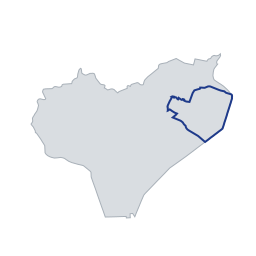 location of Al-Muthannia within Iraq, rotated 282°
{"feature_id": "IRQ-3223", "entity_name": "Al-Muthannia", "entity_type": "Province", "adm_level": 1, "iso_a3": "IRQ", "parent_name": "Iraq", "parent_adm1": "", "projection": "natural_earth1", "projection_center": [45.575, 30.396], "detail": "fine", "context": "in_parent", "style": "outline", "palette": "blue", "viewbox_px": 256, "rotation_deg": 282, "n_neighbors": 0, "source": "natural_earth", "source_scale": "10m", "svg_char_len": 4569}
<svg xmlns="http://www.w3.org/2000/svg" viewBox="0 0 256 256"><g transform="rotate(282 128 128)"><path d="M104.2,38.4L105.9,37.9L109.3,35.2L111.3,32.6L111.9,32.4L113.6,33.2L114.9,33.4L117.7,32.5L119.5,33.0L120.9,33.6L121.7,33.7L125.5,35.3L126.5,35.5L128.5,35.7L131.5,35.8L133.4,34.7L134.7,33.7L135.7,33.7L136.6,34.0L137.4,34.4L138.0,35.2L138.3,36.2L138.2,39.7L138.5,40.6L139.0,41.3L139.7,41.4L140.5,40.7L141.9,39.6L143.6,38.4L144.9,37.3L145.7,36.9L146.8,36.9L148.0,37.1L148.6,37.6L148.6,37.8L149.2,39.4L150.7,45.5L151.6,46.3L152.6,46.9L153.3,47.8L153.5,48.7L153.5,50.1L153.5,51.8L153.9,53.0L154.5,54.0L155.0,54.5L155.8,54.5L156.7,54.7L157.4,55.7L159.4,62.6L159.6,63.5L160.5,63.8L161.9,63.7L163.3,64.4L164.9,65.5L166.3,67.6L167.3,68.0L170.4,67.7L174.6,68.0L176.5,69.1L176.3,69.8L174.8,70.5L172.1,71.4L171.4,72.9L170.9,74.8L171.0,75.9L171.7,77.1L173.5,79.5L173.7,80.3L174.0,81.5L174.3,82.3L174.0,83.9L172.2,85.0L170.0,86.2L165.5,91.5L165.1,92.6L165.2,95.8L164.7,96.7L163.3,96.7L162.2,96.5L162.1,97.6L161.4,99.1L161.0,100.3L162.7,103.3L163.0,104.9L162.7,106.4L161.1,108.9L160.2,110.6L160.5,110.9L161.7,111.6L165.4,117.1L166.6,119.0L168.2,118.5L168.8,118.6L169.3,118.9L169.5,119.5L169.5,120.3L169.1,121.6L171.2,122.1L171.9,123.3L174.3,127.6L174.2,128.9L173.0,130.9L173.0,132.3L173.3,133.5L173.6,133.9L177.1,134.1L178.6,134.5L182.2,136.7L186.3,140.1L189.7,142.8L192.6,145.2L195.7,145.0L196.5,145.4L197.3,146.2L198.2,148.1L200.0,152.5L201.5,153.9L203.8,157.4L206.0,160.7L204.6,165.1L203.2,169.8L203.3,175.7L203.3,178.9L206.2,179.1L209.5,179.2L209.6,183.1L209.6,186.9L209.7,191.3L210.7,191.5L212.2,192.4L212.9,193.9L213.7,194.6L214.7,194.8L215.7,195.5L216.7,196.7L217.0,197.7L216.8,198.4L217.0,199.5L217.7,201.2L218.5,202.0L219.8,202.9L218.1,203.5L216.2,203.0L212.2,201.1L210.8,201.0L209.1,201.8L209.1,202.4L204.8,200.3L203.3,199.8L202.7,199.8L200.3,199.8L196.8,200.2L194.8,201.1L193.3,202.0L192.7,202.9L192.5,203.4L191.4,206.1L190.1,209.6L188.8,212.7L186.2,217.1L184.8,219.1L181.7,222.9L178.4,223.6L170.7,222.9L162.1,222.1L153.6,221.2L147.3,220.6L146.8,220.4L140.5,215.1L135.6,210.8L129.4,205.5L123.2,200.1L116.8,194.6L112.2,190.6L106.6,185.5L101.5,180.8L97.5,177.1L92.3,173.9L88.3,171.4L82.5,167.7L77.8,164.8L73.8,162.3L67.6,158.4L65.6,157.4L59.2,156.1L53.1,155.0L46.8,153.8L42.6,153.1L45.4,150.3L44.6,147.9L42.6,148.3L40.7,148.9L39.7,145.1L41.1,144.6L39.9,139.6L38.6,134.4L37.4,129.4L36.2,124.3L41.5,121.1L45.5,118.6L51.1,115.2L56.5,111.9L61.7,108.8L67.3,105.3L72.4,102.2L77.0,101.0L77.9,100.0L80.1,95.8L81.9,92.2L82.0,91.3L82.1,86.2L82.5,80.2L83.1,77.0L84.2,74.2L85.1,72.1L85.3,70.2L85.2,68.2L84.2,65.3L83.3,62.2L83.4,59.2L83.6,57.6L84.3,55.1L85.4,53.2L86.6,52.0L90.9,50.9L93.5,50.2L96.9,46.9L99.0,44.9L101.9,41.8L104.0,39.5L104.2,38.7L104.2,38.4Z" fill="#d9dde1" stroke="#a8b0b8" stroke-width="1"/><path d="M182.3,222.2L181.7,222.9L180.9,223.1L180.1,223.3L179.7,223.3L179.2,223.4L178.4,223.6L176.4,223.4L175.0,223.3L173.5,223.2L172.1,223.0L170.6,222.9L168.7,222.7L166.7,222.5L164.8,222.3L162.8,222.1L160.9,222.0L158.9,221.8L157.0,221.6L155.1,221.4L153.5,221.2L152.0,221.1L150.5,221.0L149.0,220.8L147.3,220.6L147.2,220.6L146.9,220.5L146.8,220.4L145.3,219.2L143.5,217.6L141.7,216.1L139.9,214.5L138.1,213.0L136.0,211.1L133.8,209.3L131.6,207.4L130.4,206.3L130.6,205.9L134.8,198.2L138.3,187.9L138.9,186.5L139.7,185.4L140.0,185.1L140.9,184.4L142.1,183.9L143.1,182.2L143.9,181.3L144.8,180.5L145.7,178.8L146.1,177.7L147.6,169.6L150.8,172.1L152.3,172.9L152.7,170.5L153.9,167.2L154.5,166.0L154.8,165.1L154.8,164.8L154.4,164.6L154.3,164.4L154.2,164.1L154.1,163.9L153.9,163.8L153.6,163.7L153.4,163.6L153.2,163.3L153.6,163.3L156.7,162.5L156.9,162.2L158.2,162.2L162.8,163.2L166.2,164.3L167.0,164.3L167.4,164.2L167.5,164.0L168.1,164.7L168.2,165.0L168.2,165.5L168.2,165.8L168.2,166.1L167.8,165.9L167.7,165.8L167.4,166.1L167.3,166.6L167.3,166.8L167.5,166.9L167.6,167.0L167.8,167.4L167.9,168.1L167.9,168.4L167.9,168.7L166.6,170.4L166.4,170.8L166.4,171.1L166.9,171.2L168.0,171.3L166.9,173.9L166.7,174.7L166.7,174.9L167.1,175.1L167.4,175.4L167.5,175.4L167.7,175.5L167.7,176.1L167.6,176.8L167.5,177.1L167.2,177.1L166.8,177.0L166.6,177.0L166.4,177.3L166.3,177.9L166.2,178.3L166.1,179.0L166.0,179.5L166.3,182.7L175.6,184.0L178.6,185.1L180.3,188.1L181.1,189.8L181.3,190.1L181.6,190.3L181.8,190.3L182.5,190.2L182.8,191.6L183.1,193.7L183.2,194.4L183.5,195.0L185.4,197.8L185.5,198.3L185.6,198.7L185.7,199.3L185.7,200.0L184.2,208.7L183.9,211.0L183.9,214.0L183.9,214.6L183.2,215.9L182.9,216.4L182.8,217.0L182.4,221.6L182.3,222.2L182.3,222.2Z" fill="none" stroke="#1e3a8a" stroke-width="2"/></g></svg>